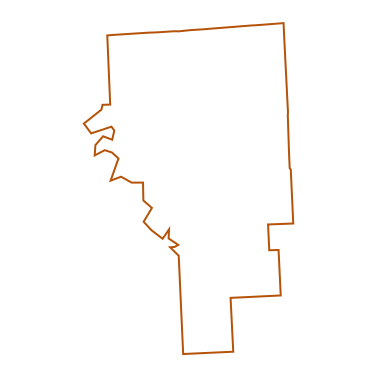 the district of Baxter, Arkansas, United States of America, rotated 356°
{"feature_id": "52423323B86572463849564", "entity_name": "Baxter", "entity_type": "district", "adm_level": 2, "iso_a3": "USA", "parent_name": "United States of America", "parent_adm1": "Arkansas", "projection": "equal_earth", "projection_center": [-92.385, 36.236], "detail": "fine", "context": "isolated", "style": "outline", "palette": "amber", "viewbox_px": 384, "rotation_deg": 356, "n_neighbors": 0, "source": "geoboundaries", "source_scale": "gbopen_adm2", "svg_char_len": 853}
<svg xmlns="http://www.w3.org/2000/svg" viewBox="0 0 384 384"><g transform="rotate(356 192 192)"><path d="M292.1,176.5L291.1,175.1L291.5,160.3L292.9,122.3L293.3,119.2L294.8,42.5L295.1,29.9L272.2,30.1L266.6,30.1L265.3,30.1L264.3,30.0L220.9,30.4L216.7,30.5L201.8,30.4L190.2,30.8L185.7,30.4L169.1,30.3L158.1,30.0L124.1,29.8L118.4,29.9L116.5,99.1L108.8,98.8L107.4,103.5L88.9,116.2L95.5,126.5L116.2,121.2L118.8,125.3L116.0,134.3L107.2,130.2L98.9,138.5L97.5,148.7L107.9,144.2L114.9,147.0L121.0,153.4L111.6,175.0L122.3,171.8L132.4,178.4L143.8,179.2L142.9,197.1L150.9,205.1L141.7,218.3L148.8,227.2L159.4,236.6L166.5,227.7L165.4,236.7L174.6,243.8L170.8,245.6L166.3,245.6L174.3,254.7L173.2,299.2L171.9,353.0L222.0,354.2L223.1,300.3L273.3,301.4L274.3,255.9L265.0,255.5L265.6,229.7L290.8,230.5L292.1,176.5Z" fill="none" stroke="#b45309" stroke-width="2"/></g></svg>